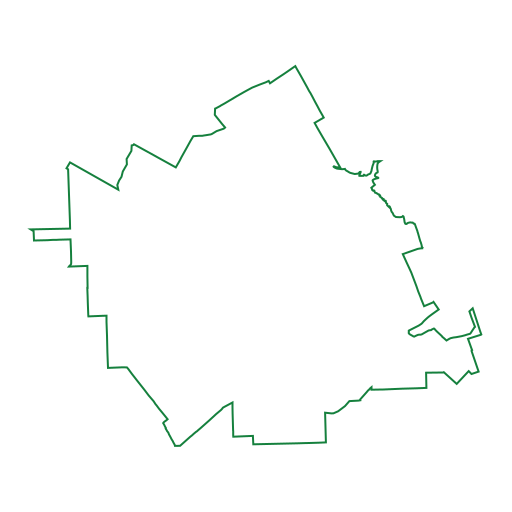 Stanesti, Giurgiu, Romania (orthographic projection)
{"feature_id": "2599482B52121049044399", "entity_name": "Stanesti", "entity_type": "district", "adm_level": 2, "iso_a3": "ROU", "parent_name": "Romania", "parent_adm1": "Giurgiu", "projection": "orthographic", "projection_center": [25.879, 43.949], "detail": "fine", "context": "isolated", "style": "outline", "palette": "green", "viewbox_px": 512, "rotation_deg": 0, "n_neighbors": 0, "source": "geoboundaries", "source_scale": "gbopen_adm2", "svg_char_len": 5970}
<svg xmlns="http://www.w3.org/2000/svg" viewBox="0 0 512 512"><path d="M325.9,442.4L325.1,412.7L331.6,413.4L333.5,413.3L338.1,411.3L345.0,406.1L349.4,401.1L358.6,400.6L360.2,400.3L360.1,400.1L360.1,399.8L360.1,399.6L360.3,399.3L366.7,392.1L368.1,390.4L368.7,390.0L370.4,388.1L371.5,387.2L371.5,389.7L382.3,389.5L383.4,389.5L401.9,388.7L416.3,388.3L426.4,387.9L426.1,372.7L443.4,372.5L443.5,372.4L443.8,372.2L456.7,383.9L468.7,371.1L471.5,374.0L478.6,371.6L471.6,351.1L471.6,350.4L472.1,350.1L471.4,348.3L468.0,338.8L480.8,334.8L481.3,334.5L480.2,331.4L472.7,308.3L469.4,311.4L471.5,317.6L475.0,326.9L474.6,327.2L474.0,328.0L470.6,333.2L470.0,333.8L468.5,334.2L466.7,334.7L465.3,335.2L461.5,336.2L456.1,337.2L453.6,337.5L450.9,338.1L449.5,338.7L446.5,340.5L443.3,337.6L442.5,337.1L442.4,336.8L442.1,336.4L440.8,335.1L437.0,331.6L435.6,330.2L434.6,329.0L434.0,328.5L433.9,328.5L431.8,329.5L431.1,330.1L428.9,330.4L428.0,330.8L426.8,331.5L425.7,332.1L421.7,334.4L420.4,334.7L419.1,334.7L418.2,334.8L416.7,335.4L414.2,336.6L413.4,336.4L412.6,335.9L410.1,334.5L409.1,333.7L408.7,333.0L408.7,332.8L408.9,331.9L408.7,331.0L408.8,330.6L418.7,325.6L421.3,323.9L421.9,323.4L423.8,321.2L425.8,319.3L427.9,317.4L429.4,316.2L432.1,314.2L438.7,309.5L433.5,301.9L433.2,302.2L432.8,302.5L424.1,306.2L421.0,298.6L420.4,296.8L418.2,291.4L416.4,286.1L411.3,272.6L409.2,268.0L406.8,262.9L402.8,254.1L413.4,250.4L417.7,248.9L420.5,248.4L422.2,248.3L422.2,248.1L422.5,247.7L422.3,247.5L421.7,246.2L421.7,245.5L420.8,242.4L420.3,241.3L419.5,238.6L417.9,232.8L417.6,232.1L417.4,231.1L416.0,227.3L414.9,224.2L414.7,223.9L414.5,223.7L414.0,223.7L413.7,223.7L412.9,222.8L412.7,222.6L411.4,222.6L410.6,222.4L409.5,222.5L408.0,222.9L407.2,223.3L406.8,223.8L406.1,224.0L405.7,223.9L405.4,223.8L405.1,223.3L404.6,222.1L404.2,219.2L403.9,218.1L403.6,216.7L403.3,216.3L402.9,216.1L402.7,216.4L401.8,216.9L401.1,217.1L399.5,217.2L397.4,217.1L396.1,217.0L395.9,217.0L394.0,215.7L393.5,214.9L392.7,213.1L391.9,212.1L391.6,211.7L391.1,210.4L390.8,208.9L390.1,207.6L389.8,206.7L389.5,206.4L389.3,206.3L389.1,206.5L389.1,207.1L387.2,205.3L387.1,205.0L387.2,204.4L387.2,203.8L386.9,203.6L386.3,203.2L386.0,202.8L385.8,201.2L385.7,200.8L385.4,200.7L384.8,201.1L384.7,201.0L384.3,200.8L384.0,200.5L383.9,200.1L383.9,199.6L383.7,199.1L383.4,199.0L383.2,199.1L382.8,199.5L382.7,199.4L382.6,198.7L382.1,198.5L381.9,198.3L381.8,198.2L381.9,197.9L380.5,196.9L380.2,196.8L380.1,196.2L379.6,195.8L379.7,195.7L379.9,195.5L380.0,195.4L379.3,194.6L379.1,194.5L378.1,194.2L377.6,193.8L377.1,193.6L376.9,193.3L376.5,193.2L376.3,193.0L375.1,192.7L374.8,192.0L374.5,191.6L374.4,191.4L374.4,190.8L374.3,190.6L374.0,190.5L373.5,190.8L373.1,190.7L372.8,190.5L372.6,190.0L372.1,189.8L372.0,188.9L371.8,188.6L371.6,188.4L371.6,188.0L371.4,187.7L373.8,185.7L374.9,184.8L373.4,182.6L373.0,181.7L372.7,180.8L372.6,180.5L372.7,180.2L373.1,179.8L374.2,179.2L376.0,178.6L378.1,178.1L378.3,177.9L378.2,177.7L377.9,177.5L376.7,177.1L375.4,176.5L375.0,176.0L374.9,175.5L375.1,174.6L375.6,173.7L376.2,173.1L377.6,172.4L377.7,172.2L377.7,171.4L377.3,169.3L377.2,167.9L377.2,166.5L377.3,165.6L377.4,164.7L377.5,164.0L377.9,163.2L378.3,162.6L378.9,162.1L380.4,161.1L377.7,161.1L376.8,161.4L374.9,161.6L374.0,161.3L373.7,161.4L373.6,161.6L373.7,162.9L373.5,163.5L372.6,165.8L371.9,168.6L371.4,171.1L370.4,173.4L369.7,173.9L368.1,174.5L367.3,175.1L366.7,175.5L366.3,175.6L365.4,175.5L365.1,175.4L364.2,174.8L364.0,174.7L363.8,174.9L363.7,175.6L363.5,175.8L360.6,175.9L359.4,175.8L359.4,175.7L359.3,175.4L359.5,174.9L360.6,172.3L360.6,172.1L360.6,171.9L360.4,171.9L360.1,171.9L359.7,172.0L358.9,173.0L358.5,173.4L358.0,173.6L355.8,173.9L354.7,174.0L350.8,173.0L350.1,172.8L349.0,172.2L348.6,172.0L348.1,171.6L347.0,171.0L346.0,170.4L345.5,169.9L344.9,168.9L344.6,169.0L342.1,169.2L337.7,168.7L336.7,168.5L335.8,168.1L334.7,167.6L333.7,166.9L333.6,166.7L334.0,166.3L335.2,166.8L336.3,167.2L336.8,167.3L340.1,167.3L329.5,148.7L322.5,136.8L317.4,128.0L314.6,122.9L323.7,117.6L322.5,115.4L319.8,110.7L317.4,106.1L315.1,101.9L312.4,96.7L310.4,93.0L309.1,91.0L307.2,87.4L300.9,76.0L296.3,68.0L295.3,66.1L283.4,74.3L276.7,78.7L270.0,83.3L268.7,80.9L265.8,82.3L259.9,84.5L252.2,87.6L247.4,90.2L244.3,91.9L237.1,96.0L224.5,103.5L220.7,105.6L220.2,106.0L215.9,108.3L215.1,108.6L214.8,114.8L214.9,115.0L222.1,124.0L225.1,127.5L224.3,128.3L223.4,128.8L216.6,131.1L212.0,133.9L210.8,134.4L205.9,135.2L203.8,135.5L202.3,135.8L199.0,135.8L193.3,136.2L190.5,140.9L186.8,147.6L181.6,156.9L179.5,161.0L175.8,167.4L134.0,144.3L133.7,144.8L133.1,145.1L131.7,145.4L131.4,150.9L126.6,159.0L126.9,164.4L122.8,171.5L121.5,176.8L119.1,180.5L117.3,185.0L118.3,189.7L70.0,162.4L66.5,168.3L68.1,169.3L69.9,220.0L70.1,228.6L30.7,229.4L33.6,231.2L34.0,240.5L47.2,240.2L52.4,239.9L55.7,239.9L59.4,239.7L70.5,239.4L71.0,251.4L71.2,261.1L71.2,262.6L71.1,264.0L70.9,264.4L70.0,265.5L69.1,266.3L68.9,266.6L79.4,266.2L87.4,265.9L87.4,276.3L87.6,287.9L87.3,287.9L87.3,288.3L87.6,295.8L87.8,302.8L88.2,313.2L88.3,315.6L88.4,316.4L102.9,315.8L106.5,315.7L106.5,321.9L107.0,335.6L107.4,352.4L108.0,367.9L122.7,367.3L126.6,367.4L126.9,367.4L127.1,367.6L128.3,369.0L131.9,373.9L136.8,380.2L144.4,389.8L148.7,395.5L153.6,401.2L155.6,404.3L156.5,405.3L159.0,408.7L162.0,412.3L167.6,419.2L166.4,420.3L164.4,421.7L163.5,422.6L163.2,423.1L164.2,424.8L165.0,426.5L165.8,427.9L165.7,428.0L165.6,428.3L165.9,429.0L166.4,429.7L167.1,431.1L168.0,432.2L168.3,432.6L169.0,434.4L169.9,436.0L170.8,437.7L171.5,439.1L172.7,441.0L173.4,442.5L174.6,444.6L174.8,445.2L175.0,445.9L180.1,445.8L190.2,436.8L192.1,435.3L193.6,433.9L196.1,431.8L196.5,431.6L197.3,431.0L197.9,430.4L200.6,428.1L209.5,420.2L216.0,414.2L221.0,410.0L222.2,408.7L222.9,407.7L224.3,406.9L227.1,405.4L232.5,402.5L232.5,404.7L232.5,407.3L232.6,413.3L233.1,430.6L233.2,430.9L233.2,435.4L233.3,436.7L252.9,435.9L253.3,444.3L297.9,443.3L304.5,443.1L309.2,443.0L318.9,442.7L325.9,442.4Z" fill="none" stroke="#15803d" stroke-width="2"/></svg>